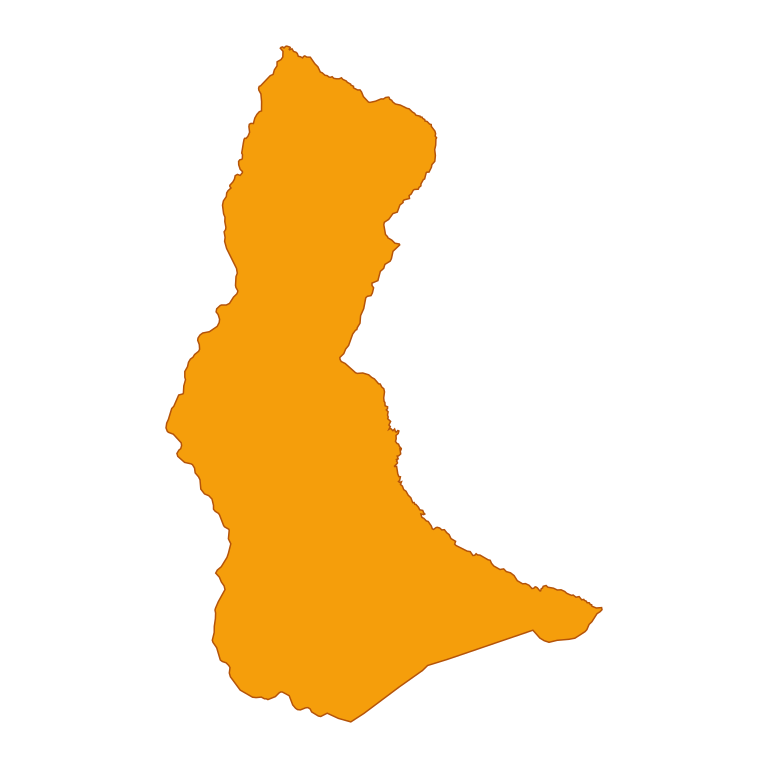 Sabanalarga, Casanare, Colombia (Albers equal-area conic projection)
{"feature_id": "7082276B53386587060055", "entity_name": "Sabanalarga", "entity_type": "district", "adm_level": 2, "iso_a3": "COL", "parent_name": "Colombia", "parent_adm1": "Casanare", "projection": "albers", "projection_center": [-72.979, 4.832], "detail": "fine", "context": "isolated", "style": "filled", "palette": "amber", "viewbox_px": 768, "rotation_deg": 0, "n_neighbors": 0, "source": "geoboundaries", "source_scale": "gbopen_adm2", "svg_char_len": 6066}
<svg xmlns="http://www.w3.org/2000/svg" viewBox="0 0 768 768"><path d="M259.2,86.4L258.6,88.2L258.8,90.1L260.9,93.9L261.6,101.6L261.5,110.9L259.3,111.7L256.9,114.4L254.8,118.1L253.4,123.5L250.9,123.4L249.3,124.3L248.9,126.6L249.6,132.3L248.0,136.2L246.1,138.4L244.9,138.2L244.1,139.2L243.4,142.7L241.7,153.1L242.5,154.6L242.3,158.6L241.8,159.3L239.8,159.8L238.6,161.4L238.7,164.8L240.2,169.4L242.4,171.5L242.4,172.7L240.2,175.4L237.4,174.4L235.2,175.7L234.4,179.2L232.9,181.9L229.8,185.3L229.9,186.6L231.0,188.0L228.1,190.6L226.7,192.9L226.3,196.6L223.4,200.9L222.5,205.2L223.6,213.8L225.0,217.3L224.8,221.5L225.9,227.4L225.6,229.6L224.1,231.8L225.1,237.5L224.6,241.3L226.6,248.5L236.5,268.4L237.3,273.2L236.0,276.6L235.5,285.4L235.9,287.4L237.8,290.8L237.6,292.1L236.8,293.9L233.5,297.1L229.5,303.4L226.3,305.0L221.5,305.0L220.2,305.5L216.7,308.8L216.1,311.9L218.1,314.5L219.6,319.2L219.2,322.5L217.2,326.4L209.4,331.7L202.7,333.0L200.0,335.0L198.0,338.1L197.7,340.3L199.3,344.6L199.6,349.3L198.6,351.3L194.6,354.5L193.0,357.2L190.4,359.1L188.5,362.3L187.5,366.7L184.8,371.5L184.8,377.1L185.5,379.7L183.8,385.9L183.4,393.0L182.9,393.9L178.7,395.0L173.8,406.3L171.7,408.5L168.4,419.4L166.7,423.1L166.0,427.9L167.3,431.3L168.4,432.3L173.3,434.2L181.2,442.8L181.6,445.6L180.7,448.7L178.9,450.1L176.9,453.5L177.8,456.4L184.6,462.4L191.2,463.9L192.5,464.7L194.5,468.0L195.2,472.9L198.6,476.9L200.0,479.8L200.8,489.1L204.5,493.9L208.8,495.7L212.0,499.1L213.5,505.4L213.5,509.2L215.2,511.3L218.5,513.4L219.5,514.9L223.6,525.5L224.5,526.8L228.7,529.2L229.2,530.3L228.4,538.8L230.8,543.8L228.4,553.3L227.0,557.4L221.3,566.7L217.3,570.1L215.7,573.1L219.4,577.2L221.3,581.9L224.1,585.9L225.0,589.6L218.3,601.7L215.5,608.2L215.0,610.1L215.6,613.1L215.4,618.8L214.3,626.3L214.2,632.5L212.3,640.2L213.0,642.4L216.7,647.8L220.3,660.0L222.3,661.5L226.1,662.8L228.8,665.5L230.0,667.6L229.3,673.0L230.4,676.8L240.2,690.1L252.5,697.2L256.1,697.6L261.3,697.1L264.5,698.8L266.3,698.8L267.9,699.6L275.4,696.6L279.1,692.9L280.6,692.0L282.3,692.0L289.2,695.7L292.7,704.9L295.5,708.2L297.5,709.6L300.4,709.9L305.7,707.8L308.0,707.6L310.2,709.0L311.6,711.9L318.3,716.0L320.7,716.5L327.2,713.2L338.4,718.4L350.8,721.9L363.8,713.5L399.7,686.6L422.6,670.4L427.6,665.5L447.0,659.5L532.9,630.2L539.9,638.1L544.2,640.7L549.0,642.3L557.2,640.3L568.9,639.3L574.9,638.2L585.1,631.6L586.9,629.6L589.1,624.4L591.9,621.7L597.0,613.7L600.1,611.7L602.0,609.7L601.6,607.6L596.3,608.0L591.9,606.2L591.6,604.7L590.4,604.6L589.3,602.8L587.1,602.7L586.3,601.2L584.4,600.4L583.8,599.4L581.7,599.8L579.1,596.6L576.0,597.2L573.1,595.0L571.8,595.4L569.8,594.7L566.6,593.2L564.8,591.5L561.1,589.8L557.3,590.0L553.5,588.2L547.8,587.2L546.1,585.5L543.2,586.3L542.5,588.1L541.3,588.6L540.6,590.9L539.9,590.9L537.2,587.7L535.8,586.9L535.1,586.9L533.7,588.3L531.9,588.5L529.1,585.3L525.5,583.6L522.6,583.8L517.3,580.7L514.1,575.6L510.5,572.8L506.3,571.6L503.7,568.9L500.0,569.5L493.8,566.0L491.5,563.3L490.2,560.3L488.1,559.8L480.0,555.1L477.5,554.9L476.1,553.7L474.7,555.3L472.9,555.5L470.2,551.6L467.1,551.1L456.0,545.5L454.7,544.2L455.6,541.3L451.0,538.6L449.1,534.6L446.7,532.7L444.4,529.7L441.8,529.9L439.7,528.0L437.3,527.3L436.0,527.6L433.5,529.4L432.3,528.8L431.3,526.0L428.2,521.5L426.3,520.9L423.8,518.3L421.9,517.4L420.9,514.0L423.8,514.6L424.8,514.0L423.8,513.0L422.7,510.4L419.7,509.8L418.5,507.3L415.9,504.4L414.8,504.3L414.1,502.5L412.7,502.6L410.8,497.7L408.2,495.2L406.0,491.2L403.7,489.6L402.4,486.1L400.5,484.5L401.5,481.7L399.6,482.4L398.5,481.5L399.6,480.5L400.4,476.8L398.9,476.6L397.8,474.0L396.6,466.4L394.8,466.6L394.5,466.1L397.4,463.2L397.4,462.2L396.5,461.1L397.2,459.9L396.6,459.4L398.2,458.8L397.2,456.1L398.6,455.9L400.7,453.9L400.0,449.0L401.1,449.6L401.3,448.5L399.4,446.4L398.5,444.1L397.0,443.5L395.5,441.4L396.2,438.8L396.0,435.4L398.2,433.5L398.9,431.0L397.9,430.5L396.2,432.1L395.5,431.7L394.6,429.0L392.9,430.7L390.9,428.7L390.1,428.5L389.0,429.2L390.3,426.6L388.9,425.0L390.6,421.4L387.7,418.7L388.2,417.0L387.5,415.1L388.1,411.7L386.3,409.9L387.5,408.7L387.6,406.8L385.1,405.8L384.9,402.4L384.1,401.4L383.7,397.9L384.5,391.9L383.8,388.7L381.8,387.1L380.2,384.0L378.6,383.8L374.4,378.9L371.8,377.5L368.7,374.8L362.8,373.0L357.2,373.4L355.5,372.7L345.2,363.5L341.2,361.5L340.0,359.3L339.8,357.5L343.8,353.6L345.7,349.0L348.6,345.5L352.7,334.0L355.5,330.2L356.8,329.6L357.3,327.6L360.0,323.2L360.6,315.6L363.7,308.7L365.8,297.7L367.4,296.3L371.0,295.6L372.4,292.9L373.6,287.8L372.0,285.5L372.0,283.1L377.9,280.6L380.3,271.4L383.7,268.4L384.9,264.4L390.2,261.1L391.4,258.7L393.0,251.3L399.7,244.9L399.3,244.0L394.9,243.2L391.8,240.1L387.9,237.8L387.5,236.6L385.5,234.5L383.8,224.8L384.3,222.3L388.8,219.3L392.9,213.6L397.3,212.1L399.9,205.0L403.1,202.5L402.9,201.3L404.1,199.9L409.5,198.5L409.1,195.6L411.2,194.0L413.2,190.3L414.3,189.5L418.3,189.2L419.0,187.4L420.9,185.9L421.0,183.8L423.4,179.5L424.6,179.0L426.2,172.8L426.8,172.2L429.0,172.1L431.4,167.3L431.9,164.6L434.8,161.3L435.4,155.5L434.7,149.6L435.7,145.2L435.9,139.1L436.6,137.8L435.2,136.1L435.6,133.6L434.9,131.1L431.4,126.5L431.2,124.5L429.6,124.1L427.1,121.5L425.0,121.0L424.7,119.5L422.8,118.5L422.0,117.1L420.3,117.0L420.1,116.2L415.9,115.2L414.6,113.3L412.4,112.0L409.1,108.8L406.9,108.3L400.4,105.1L395.4,104.0L392.7,101.9L391.7,100.3L389.7,99.2L389.1,97.4L388.4,97.1L385.6,97.5L383.4,99.0L381.1,98.9L375.5,101.2L370.0,102.4L368.5,102.1L363.4,96.6L361.5,91.9L360.0,89.9L357.7,90.0L354.3,88.3L353.5,87.8L353.5,86.3L351.0,85.1L350.6,84.1L347.3,82.3L346.3,81.0L342.7,79.3L341.5,77.8L339.1,78.8L336.6,78.8L333.7,78.3L332.2,76.7L330.4,77.3L329.1,77.1L327.1,75.6L325.0,75.3L322.2,72.8L320.3,72.0L317.9,66.8L314.8,63.7L310.3,57.2L306.8,57.1L304.8,55.9L303.5,56.5L302.6,57.9L300.4,56.7L298.3,56.3L297.3,53.5L296.1,52.3L293.5,51.4L292.0,48.8L289.6,49.8L289.2,49.3L290.3,47.6L289.9,47.1L286.8,46.1L285.6,46.4L284.0,48.0L282.7,46.9L281.1,47.3L280.3,48.2L283.0,51.3L282.8,57.0L281.0,59.6L277.1,61.8L277.0,65.9L274.4,69.8L273.1,74.4L270.2,75.7L260.6,85.8L259.2,86.4Z" fill="#f59e0b" stroke="#b45309" stroke-width="1.5"/></svg>